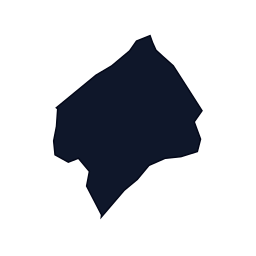 Suseong-gu, Daegu, South Korea (Natural Earth projection), rotated 125°
{"feature_id": "91817680B49679347075852", "entity_name": "Suseong-gu", "entity_type": "district", "adm_level": 2, "iso_a3": "KOR", "parent_name": "South Korea", "parent_adm1": "Daegu", "projection": "natural_earth1", "projection_center": [128.666, 35.83], "detail": "fine", "context": "isolated", "style": "filled", "palette": "ink", "viewbox_px": 256, "rotation_deg": 125, "n_neighbors": 0, "source": "geoboundaries", "source_scale": "gbopen_adm2", "svg_char_len": 518}
<svg xmlns="http://www.w3.org/2000/svg" viewBox="0 0 256 256"><g transform="rotate(125 128 128)"><path d="M216.3,98.8L181.2,95.4L164.7,90.9L146.6,89.4L131.6,80.3L121.1,68.2L107.5,57.7L95.5,62.2L85.0,77.3L71.4,77.3L62.8,98.1L51.1,126.6L49.4,140.9L48.2,149.8L43.9,157.0L39.7,162.9L51.9,170.9L63.9,170.9L86.5,177.0L103.0,184.5L152.5,198.3L152.6,196.6L167.7,187.5L181.2,181.5L191.8,172.4L190.2,157.3L181.2,151.3L185.7,134.7L199.3,128.6L214.3,99.9L216.3,98.8Z" fill="#0f172a" stroke="#020617" stroke-width="1.5"/></g></svg>